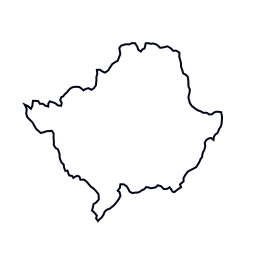 outline of Ibertioga, Minas Gerais, Brazil, rotated 164°
{"feature_id": "56859067B85312067308682", "entity_name": "Ibertioga", "entity_type": "district", "adm_level": 2, "iso_a3": "BRA", "parent_name": "Brazil", "parent_adm1": "Minas Gerais", "projection": "natural_earth1", "projection_center": [-43.949, -21.448], "detail": "fine", "context": "isolated", "style": "outline", "palette": "ink", "viewbox_px": 256, "rotation_deg": 164, "n_neighbors": 0, "source": "geoboundaries", "source_scale": "gbopen_adm2", "svg_char_len": 2835}
<svg xmlns="http://www.w3.org/2000/svg" viewBox="0 0 256 256"><g transform="rotate(164 128 128)"><path d="M182.5,46.8L180.6,48.1L177.8,49.3L175.2,51.7L173.5,54.0L170.8,55.3L167.7,55.5L165.7,56.4L163.5,57.2L161.0,58.7L158.6,60.5L156.3,62.3L154.0,64.8L153.8,68.6L155.2,70.5L152.3,72.7L150.8,76.0L147.6,75.0L145.4,72.4L144.6,69.8L143.9,66.2L141.5,64.2L138.7,63.9L136.7,63.3L134.1,63.5L132.0,64.3L129.2,64.7L126.8,66.2L124.9,65.3L122.7,63.8L120.3,63.5L117.5,63.4L115.2,64.7L112.4,63.1L110.4,59.4L107.1,58.7L104.4,59.6L103.4,57.2L102.9,54.7L101.1,53.6L98.8,54.6L96.1,55.6L93.3,56.5L93.6,59.5L91.2,60.5L89.3,61.4L88.4,64.6L85.4,67.5L82.5,69.6L79.5,70.3L76.8,70.8L73.2,71.6L70.5,74.0L68.3,76.2L67.0,78.0L64.7,79.8L63.8,82.1L62.5,84.1L60.5,86.1L58.8,89.2L58.3,92.6L56.0,94.9L53.2,95.7L50.9,95.5L49.1,93.0L47.9,95.8L45.9,97.6L43.4,98.5L41.9,100.3L40.5,102.1L38.7,103.5L37.2,105.6L35.9,108.8L34.5,112.9L34.1,117.5L36.9,118.8L38.9,119.3L41.4,119.1L43.4,118.0L46.1,118.6L48.1,120.9L51.3,121.8L53.8,124.2L56.1,125.8L58.1,128.2L60.4,131.3L61.7,134.9L61.6,137.8L61.6,140.4L60.5,142.7L59.2,144.8L57.9,148.1L58.4,151.4L57.6,154.4L56.8,157.7L56.4,160.9L57.6,163.0L59.8,165.2L59.9,168.9L60.1,172.4L59.2,176.0L59.1,179.6L59.1,182.4L57.8,186.3L60.5,189.2L63.3,189.7L64.9,192.9L67.7,195.7L71.8,195.7L75.0,196.2L76.3,198.6L78.0,200.7L80.5,202.3L83.0,202.7L85.2,204.0L87.7,204.5L89.0,201.9L90.3,199.9L92.8,199.5L94.5,198.0L96.5,200.2L96.7,203.8L97.8,207.5L100.5,208.5L103.7,208.0L106.1,208.8L108.2,209.2L112.1,209.0L114.3,207.3L114.6,204.6L115.1,201.0L117.0,198.6L119.3,195.5L123.0,194.6L125.5,193.8L128.5,191.2L130.8,189.1L132.8,188.1L135.1,187.7L137.1,189.5L139.0,191.7L141.9,192.5L142.6,188.5L144.3,185.8L145.3,182.3L147.1,177.9L149.8,175.6L152.6,174.8L155.1,177.2L158.3,177.2L160.3,176.4L161.6,178.3L163.4,180.8L166.1,181.8L168.4,182.3L170.6,182.4L172.7,181.8L175.0,180.5L176.8,179.1L179.5,177.9L181.5,176.3L183.7,176.0L185.5,173.5L184.8,170.4L186.2,167.8L189.3,169.1L190.5,171.1L192.1,172.7L194.0,173.9L195.8,175.2L197.8,173.5L198.8,170.6L201.3,172.3L203.3,174.8L206.1,175.6L206.8,178.5L209.7,179.7L211.9,180.3L212.9,178.0L213.9,175.5L216.1,173.2L217.9,176.3L220.9,179.0L220.2,176.0L220.3,173.5L221.9,169.9L221.8,166.2L220.3,163.4L218.2,159.7L217.2,155.0L216.2,151.8L215.0,150.0L213.2,147.2L209.9,147.2L206.7,147.3L204.4,146.7L201.9,146.3L201.0,143.1L202.3,139.0L203.0,135.3L204.1,132.0L203.1,128.7L201.5,127.3L201.0,124.9L201.0,121.8L201.8,118.7L201.8,115.6L201.3,112.9L199.9,110.6L200.4,107.5L200.0,104.0L197.9,103.7L197.9,101.1L197.6,98.6L195.1,97.5L194.3,95.1L192.1,95.8L189.8,96.0L188.1,94.6L188.0,91.4L184.5,90.5L182.5,87.7L181.2,84.8L179.9,81.9L177.9,79.5L176.0,75.9L174.7,72.7L175.1,70.0L175.7,67.4L179.2,65.1L182.3,64.2L183.3,61.8L185.3,58.7L183.3,55.3L182.1,52.2L183.6,50.1L182.5,46.8Z" fill="none" stroke="#020617" stroke-width="2"/></g></svg>